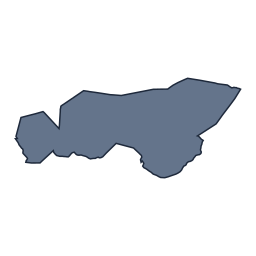 Paulo Ramos, Maranhão, Brazil
{"feature_id": "56859067B18667003723128", "entity_name": "Paulo Ramos", "entity_type": "district", "adm_level": 2, "iso_a3": "BRA", "parent_name": "Brazil", "parent_adm1": "Maranhão", "projection": "orthographic", "projection_center": [-45.411, -4.53], "detail": "fine", "context": "isolated", "style": "filled", "palette": "slate", "viewbox_px": 256, "rotation_deg": 0, "n_neighbors": 0, "source": "geoboundaries", "source_scale": "gbopen_adm2", "svg_char_len": 2201}
<svg xmlns="http://www.w3.org/2000/svg" viewBox="0 0 256 256"><path d="M227.3,85.0L217.7,83.8L215.0,83.0L203.4,80.9L202.4,80.7L199.6,80.2L187.6,78.3L184.5,79.6L177.9,82.6L172.9,85.3L169.0,88.1L167.7,89.1L158.8,89.2L155.0,89.3L153.3,89.3L121.3,95.5L113.6,94.9L110.3,94.7L102.7,93.5L95.4,92.4L89.4,91.6L87.9,91.3L83.6,90.7L69.2,100.5L61.6,105.6L60.9,106.2L60.7,107.6L60.3,109.4L60.3,111.1L59.4,125.7L59.0,128.6L57.9,127.4L44.2,112.6L43.0,111.6L35.3,113.8L32.1,114.6L21.0,117.5L16.0,136.4L17.3,138.5L15.4,138.7L16.1,139.7L17.2,141.3L18.0,142.4L18.6,143.6L19.0,144.7L19.6,145.6L20.5,146.6L21.5,148.1L22.7,149.0L23.2,150.8L22.9,152.1L23.0,153.3L26.9,157.5L27.5,158.5L27.1,159.6L26.3,160.4L25.8,162.3L31.6,163.0L40.1,162.9L40.9,162.1L41.7,161.3L53.3,150.6L53.7,152.3L54.8,153.7L55.8,154.7L56.6,155.5L58.2,155.9L59.7,156.3L61.1,156.3L62.4,156.3L63.7,156.5L65.4,156.6L67.0,156.8L68.2,156.9L69.4,155.9L70.1,155.0L71.1,153.8L72.3,152.7L74.2,152.2L75.2,153.3L76.1,154.3L77.2,155.0L78.9,155.2L79.9,155.1L81.2,155.0L82.6,155.5L83.7,155.8L85.2,156.2L86.4,156.6L87.7,157.5L89.1,158.4L90.5,158.9L91.9,158.6L93.5,158.4L95.3,158.4L96.7,157.6L98.3,157.2L99.2,157.8L100.8,157.7L102.7,156.8L106.3,153.0L116.1,143.4L117.8,143.8L126.8,146.2L133.6,148.0L134.8,149.2L137.7,151.9L138.9,153.0L139.7,153.9L140.5,154.6L141.4,155.5L141.8,157.1L141.3,158.0L140.5,159.7L141.1,162.3L142.2,161.0L142.9,161.9L143.8,163.3L143.3,164.8L142.7,166.1L143.8,167.6L146.6,169.1L148.0,170.2L149.4,171.2L151.1,172.2L153.2,174.1L156.5,175.3L158.9,176.7L160.7,177.5L164.8,177.7L168.1,176.8L171.8,175.5L175.9,174.1L178.1,173.0L180.2,171.6L181.7,169.8L182.6,167.9L183.8,166.1L185.0,165.6L186.1,164.8L186.6,163.3L187.8,162.2L188.7,161.6L189.9,161.5L191.7,160.7L192.9,159.7L193.8,158.0L194.7,157.0L195.8,155.5L197.7,154.9L199.5,154.6L200.9,153.5L201.3,152.0L200.6,150.5L200.5,149.3L200.8,148.3L201.1,145.8L201.7,144.6L202.0,143.3L202.2,142.1L203.2,140.4L201.4,139.3L200.0,137.7L198.5,136.2L197.5,135.9L216.1,123.9L221.0,117.1L222.1,115.5L230.0,105.1L234.8,98.6L240.6,89.2L239.1,88.5L237.4,88.2L236.3,87.6L235.0,87.6L233.9,87.3L232.9,87.7L231.6,87.8L230.5,87.1L229.6,86.6L228.5,85.7L227.3,85.0Z" fill="#64748b" stroke="#1e293b" stroke-width="1.5"/></svg>